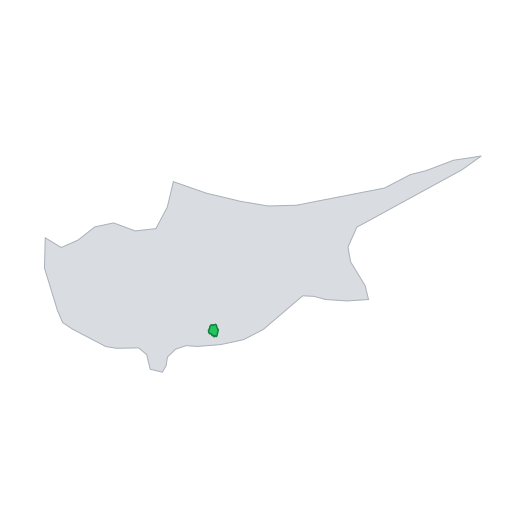 Asgata, Limassol, Cyprus (highlighted), rotated 7°
{"feature_id": "46923920B23030573585973", "entity_name": "Asgata", "entity_type": "district", "adm_level": 2, "iso_a3": "CYP", "parent_name": "Cyprus", "parent_adm1": "Limassol", "projection": "natural_earth1", "projection_center": [33.25, 34.775], "detail": "fine", "context": "in_parent", "style": "filled", "palette": "green", "viewbox_px": 512, "rotation_deg": 7, "n_neighbors": 0, "source": "geoboundaries", "source_scale": "gbopen_adm2", "svg_char_len": 1891}
<svg xmlns="http://www.w3.org/2000/svg" viewBox="0 0 512 512"><g transform="rotate(7 256 256)"><path d="M368.0,272.3L373.0,285.5L351.7,289.5L330.3,290.7L318.3,289.0L307.2,289.8L272.4,327.8L253.8,340.6L231.5,348.3L208.9,352.9L197.5,353.5L187.5,358.3L180.4,367.1L180.2,375.7L177.2,382.7L164.8,381.3L159.6,367.4L150.8,361.5L128.8,364.6L118.0,364.2L82.8,351.0L72.2,345.6L65.6,334.3L47.5,293.7L44.6,263.6L61.5,271.3L77.3,262.0L92.5,246.7L110.6,240.5L121.9,243.2L133.1,245.8L153.3,241.0L162.0,218.3L164.9,192.3L199.0,199.7L233.6,203.6L261.9,204.9L289.8,200.7L375.2,172.9L399.4,156.3L414.3,150.6L440.3,136.9L467.4,129.3L450.1,145.2L352.6,215.1L346.2,235.9L350.6,250.3L364.4,267.7L368.0,272.3Z" fill="#d9dde1" stroke="#a8b0b8" stroke-width="1"/><path d="M217.9,335.7L218.0,335.8L218.1,336.3L218.3,336.8L218.4,337.2L218.3,337.5L218.5,337.9L218.9,338.2L219.2,338.5L219.4,338.6L219.6,338.8L219.9,338.9L220.2,338.8L220.4,338.5L221.0,338.6L221.3,338.9L221.6,339.3L221.7,339.7L221.9,340.1L222.4,340.4L222.8,340.4L223.2,340.3L223.4,340.0L223.5,340.1L223.7,340.6L224.0,340.9L224.2,341.2L224.6,341.2L224.8,340.9L224.9,340.5L225.3,340.4L225.7,340.5L225.7,340.3L226.1,340.6L226.5,340.7L226.7,340.4L226.8,340.1L226.9,339.5L227.1,339.1L227.1,338.6L227.1,338.3L227.2,337.9L227.1,337.4L227.2,336.9L227.4,336.3L227.4,335.7L227.4,335.1L227.6,334.5L227.5,333.9L227.4,333.7L227.4,333.4L226.7,333.0L226.4,332.4L226.1,332.0L225.9,331.6L225.7,331.1L225.5,330.7L225.5,330.4L225.4,330.1L225.1,329.5L225.0,329.4L224.6,329.0L224.1,328.8L223.8,328.9L223.4,329.2L222.9,329.3L222.5,329.5L222.2,329.9L221.6,329.6L221.0,329.9L220.6,329.7L220.4,329.9L220.0,329.9L219.7,330.0L219.5,330.4L219.3,330.7L219.1,331.1L218.8,331.5L218.8,331.9L218.8,332.3L218.9,332.8L218.9,333.2L218.7,333.4L218.5,333.8L218.5,334.2L218.5,334.6L218.3,334.8L218.1,335.2L218.1,335.5L217.9,335.7Z" fill="#22c55e" stroke="#15803d" stroke-width="1.5"/></g></svg>